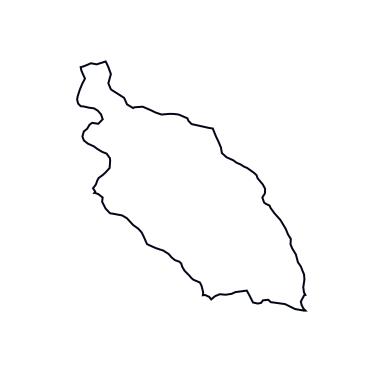 the district of Choirokoitia, Larnaca, Cyprus, rotated 199°
{"feature_id": "46923920B55187515304713", "entity_name": "Choirokoitia", "entity_type": "district", "adm_level": 2, "iso_a3": "CYP", "parent_name": "Cyprus", "parent_adm1": "Larnaca", "projection": "robinson", "projection_center": [33.342, 34.796], "detail": "fine", "context": "isolated", "style": "outline", "palette": "ink", "viewbox_px": 384, "rotation_deg": 199, "n_neighbors": 0, "source": "geoboundaries", "source_scale": "gbopen_adm2", "svg_char_len": 2146}
<svg xmlns="http://www.w3.org/2000/svg" viewBox="0 0 384 384"><g transform="rotate(199 192 192)"><path d="M138.9,96.7L136.3,101.0L132.4,104.4L126.8,105.8L121.4,108.6L118.5,111.4L108.1,116.6L104.1,113.0L98.4,107.4L93.6,107.9L90.6,109.6L89.6,112.7L84.8,114.9L81.6,113.5L77.2,114.4L67.5,116.3L56.5,114.9L47.4,116.3L46.1,116.8L48.8,118.1L51.7,121.0L53.4,123.8L52.3,131.0L51.3,131.6L53.5,133.6L55.8,138.2L57.2,145.8L59.2,150.5L61.8,153.4L64.7,156.9L69.0,160.1L73.4,166.7L76.0,168.9L78.8,171.2L81.8,174.6L83.3,179.8L87.4,183.1L91.3,187.6L99.4,194.4L107.6,199.0L108.9,200.0L112.3,202.3L114.4,204.5L118.1,204.8L120.4,205.5L123.7,209.7L122.6,214.4L123.9,218.8L127.4,222.1L134.5,226.4L136.4,228.9L139.9,230.4L145.7,232.1L147.8,232.7L151.1,232.9L155.1,233.9L159.5,234.2L163.2,235.4L170.7,236.1L176.5,238.6L177.2,240.0L179.2,243.6L183.8,248.7L187.1,252.0L190.9,256.3L193.0,258.8L196.8,258.1L214.5,256.1L218.5,258.1L220.4,260.2L229.9,260.9L234.9,259.8L238.8,258.5L246.1,255.3L252.6,255.3L257.2,255.9L266.4,256.6L274.1,253.3L275.0,252.2L282.0,253.7L286.8,258.9L300.6,262.2L302.3,262.8L306.5,267.6L307.1,277.1L312.2,283.4L316.1,287.3L320.7,283.9L323.6,281.7L329.5,280.8L332.5,278.0L335.8,275.2L337.9,273.8L336.1,270.8L333.6,268.0L330.1,264.4L331.0,258.7L331.4,252.0L331.4,251.9L331.2,245.0L330.7,241.9L328.4,238.5L325.2,236.9L321.7,237.7L316.8,238.2L311.9,239.2L307.5,238.2L303.3,235.8L300.1,231.7L302.8,226.0L308.9,224.9L310.8,222.2L311.7,217.7L314.0,214.0L313.7,208.8L311.0,205.5L306.1,203.8L299.6,203.2L295.3,201.8L290.0,200.7L285.3,200.5L280.6,197.2L279.5,194.7L277.7,187.9L280.2,182.1L281.8,179.2L284.8,174.9L285.3,172.1L285.3,168.5L285.5,167.0L286.8,163.3L283.7,160.9L284.0,159.4L283.6,159.6L279.9,159.5L274.7,157.7L273.8,153.5L268.3,148.2L262.6,145.2L258.6,145.9L250.5,147.1L245.0,146.0L236.9,141.6L230.8,139.8L226.3,137.3L222.2,133.1L217.6,128.1L213.1,127.6L208.2,127.2L203.8,127.2L200.3,127.3L193.9,125.8L189.8,123.4L185.9,122.0L181.4,122.0L178.9,120.9L177.1,118.3L173.4,115.1L167.1,112.0L164.5,110.4L162.1,109.5L155.1,109.0L152.6,106.6L148.8,100.9L148.1,97.9L146.2,98.9L141.5,98.4L138.9,96.7Z" fill="none" stroke="#020617" stroke-width="2"/></g></svg>